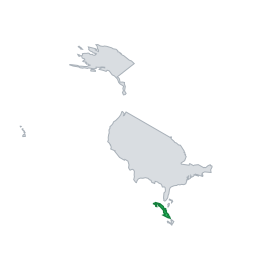 Cuba highlighted, Natural Earth projection, rotated 30°
{"feature_id": "CUB", "entity_name": "Cuba", "entity_type": "country or territory", "adm_level": 0, "iso_a3": "CUB", "parent_name": "North America", "parent_adm1": "", "projection": "natural_earth1", "projection_center": [-79.329, 21.523], "detail": "coarse", "context": "with_neighbors", "style": "filled", "palette": "green", "viewbox_px": 256, "rotation_deg": 30, "n_neighbors": 3, "source": "natural_earth", "source_scale": "50m", "svg_char_len": 5065}
<svg xmlns="http://www.w3.org/2000/svg" viewBox="0 0 256 256"><g transform="rotate(30 128 128)"><path d="M118.3,115.1L169.5,115.1L169.6,114.1L170.2,114.1L170.4,115.4L171.0,115.8L174.1,116.4L175.9,117.1L177.4,116.8L180.3,117.4L182.0,116.7L188.4,120.0L188.6,120.7L189.0,120.9L188.9,121.1L189.7,121.0L190.2,121.9L191.0,122.2L190.7,122.6L192.7,123.7L193.4,128.0L191.5,131.6L191.7,132.2L192.3,132.6L199.5,129.7L199.1,128.2L199.9,127.9L203.5,127.9L204.1,126.9L207.2,124.6L213.6,124.5L213.7,124.0L215.1,123.5L216.2,120.5L217.6,118.7L218.2,119.4L219.5,118.9L220.3,119.6L220.5,122.9L222.2,125.0L216.3,127.7L215.0,129.7L215.0,131.0L215.7,132.2L216.5,132.3L216.3,131.4L216.9,132.0L216.8,132.7L211.2,133.7L209.6,134.4L212.4,133.9L213.0,134.4L210.3,135.1L209.1,135.1L209.1,134.8L208.6,135.5L209.1,135.6L208.7,137.3L207.4,139.2L207.2,138.6L206.1,137.8L206.6,139.1L207.0,139.6L207.1,140.5L205.4,143.4L205.8,141.6L204.8,140.7L204.6,138.7L204.2,139.7L204.6,141.3L203.3,140.9L204.7,141.7L204.8,144.0L205.3,144.2L205.9,147.4L204.6,149.2L202.6,150.0L201.3,151.4L200.3,151.6L199.3,152.4L199.0,153.3L196.8,154.9L194.8,157.5L194.4,159.2L194.8,160.9L196.3,164.7L196.3,165.8L197.3,168.6L197.1,171.2L196.6,172.7L196.0,173.0L195.0,172.7L194.7,171.6L193.9,171.1L191.6,166.2L192.1,164.5L191.5,163.2L190.0,161.1L189.2,160.8L187.2,161.9L185.8,160.6L184.6,160.0L182.3,160.3L180.5,160.0L178.2,160.6L178.5,161.2L178.5,162.2L178.9,162.7L178.5,163.0L177.7,162.7L177.0,163.1L175.5,163.1L174.1,161.8L172.3,162.1L170.8,161.5L167.9,162.3L166.0,164.1L163.9,165.1L162.8,166.3L162.3,167.4L162.2,169.1L162.6,171.1L161.8,171.2L158.8,169.9L157.9,167.0L156.8,165.6L155.3,162.5L153.9,161.5L152.3,161.6L150.9,163.5L149.3,162.8L148.3,162.0L147.3,159.4L144.5,156.7L141.0,156.7L141.0,157.7L135.4,157.7L128.1,154.8L128.3,154.3L123.5,154.8L123.3,153.5L122.2,152.1L121.3,151.8L121.1,151.1L120.0,151.0L119.4,150.4L117.6,150.1L117.1,149.7L117.1,148.4L115.5,145.9L114.3,142.6L114.4,142.0L112.5,139.2L112.5,137.2L111.7,135.9L112.4,133.8L112.7,131.8L112.4,129.9L113.6,127.7L114.8,123.3L115.1,120.1L114.5,117.0L114.9,116.5L117.4,117.3L117.9,119.6L118.5,118.9L118.3,115.1ZM101.2,69.1L93.1,89.2L94.8,89.2L96.2,89.9L98.1,92.3L100.2,91.0L102.2,90.3L102.7,91.5L104.9,93.4L106.5,97.6L109.1,99.0L108.8,100.5L107.5,101.6L105.4,100.0L105.4,98.0L103.7,96.2L103.4,94.0L99.0,93.8L97.2,93.2L94.4,90.9L90.2,89.7L87.8,89.9L83.1,87.9L81.0,88.4L80.8,89.9L77.6,90.5L73.7,91.7L74.0,90.4L75.7,88.2L77.8,87.6L77.5,87.0L74.8,88.2L73.0,89.7L69.9,91.3L70.7,92.4L68.3,94.0L64.0,95.6L63.2,96.6L59.9,97.8L58.9,98.8L56.4,99.8L55.3,99.6L49.4,101.8L46.0,102.5L45.9,102.1L52.8,99.1L55.1,98.8L56.4,97.9L59.5,96.5L61.7,95.3L62.7,93.6L64.2,92.3L61.9,92.9L61.5,92.5L60.2,93.4L59.6,92.2L58.8,93.0L58.6,91.9L56.5,92.8L55.4,92.8L55.9,91.5L56.6,90.7L55.9,89.9L53.4,90.3L51.6,88.7L52.2,87.5L51.4,86.5L52.7,85.3L54.8,84.1L56.0,83.0L57.4,82.8L58.4,83.2L60.3,82.1L61.4,82.3L63.0,81.6L63.2,80.6L62.5,80.3L64.1,79.4L61.1,79.9L60.3,80.4L59.3,79.9L56.8,80.2L54.7,79.7L54.5,78.8L53.1,77.6L60.1,75.6L61.5,75.6L60.7,76.7L64.2,76.6L63.6,75.3L62.0,74.5L60.4,72.6L58.6,71.9L60.2,70.8L63.1,70.8L65.6,69.8L66.6,68.8L68.8,67.9L74.0,66.7L75.3,66.9L78.3,65.8L80.5,66.2L81.1,67.1L82.0,66.7L84.6,66.9L84.2,67.3L86.5,67.7L88.2,67.5L95.2,68.6L97.5,68.2L101.2,69.1ZM44.7,81.6L45.5,82.0L46.7,81.8L49.2,82.6L47.4,83.3L46.0,82.5L44.5,82.6L44.2,82.4L44.7,81.6ZM42.2,185.2L43.3,186.6L41.3,188.0L40.8,187.7L40.7,186.1L41.3,185.5L41.3,184.8L42.2,185.2ZM41.2,183.5L40.3,184.0L39.8,183.1L40.0,182.9L41.2,183.5ZM39.8,182.5L39.7,182.8L38.6,182.7L38.8,182.4L39.8,182.5ZM37.4,181.2L38.0,182.2L37.9,182.3L37.0,182.2L36.8,181.6L37.4,181.2ZM34.8,180.0L34.5,180.8L33.8,180.4L34.3,180.0L34.8,180.0ZM49.5,89.0L50.8,89.2L50.5,90.0L49.3,90.4L47.7,89.4L49.5,89.0ZM69.9,94.4L71.0,94.5L71.5,95.2L67.4,97.2L66.8,96.6L66.9,95.5L69.9,94.4Z" fill="#d9dde1" stroke="#a8b0b8" stroke-width="1"/><path d="M214.5,186.1L214.5,188.4L214.0,188.8L214.5,189.5L214.5,190.2L213.1,189.8L210.9,189.7L209.9,190.2L208.8,189.4L209.0,188.7L212.5,189.2L213.2,188.7L212.2,187.6L212.3,186.7L210.9,186.3L211.4,185.6L214.5,186.1Z" fill="#d9dde1" stroke="#a8b0b8" stroke-width="1"/><path d="M199.5,168.8L201.8,168.7L201.8,169.3L199.6,169.7L199.5,168.8ZM201.9,168.2L203.5,169.3L203.1,171.1L202.8,170.7L202.8,169.5L201.9,168.2ZM201.1,172.7L201.7,172.8L202.4,174.8L202.4,176.2L201.9,176.4L201.4,174.9L200.6,174.2L201.1,172.7Z" fill="#d9dde1" stroke="#a8b0b8" stroke-width="1"/><path d="M193.6,177.7L197.8,178.4L198.9,179.5L200.1,179.6L202.2,181.0L202.5,180.8L203.8,182.2L206.2,182.7L206.2,183.7L207.9,183.8L209.4,185.0L207.4,185.6L202.1,185.8L203.3,184.4L203.1,183.8L201.3,183.5L200.0,181.5L195.0,179.9L193.6,180.0L193.1,179.6L193.9,179.3L193.6,178.9L191.8,178.8L189.1,180.7L187.4,180.9L188.5,180.3L189.1,178.9L193.6,177.7ZM192.1,181.6L191.3,181.9L190.9,181.5L191.3,181.5L191.3,180.7L192.1,181.6ZM200.1,179.2L200.8,179.2L200.9,179.4L200.1,179.2ZM202.2,180.4L202.1,180.7L201.7,180.3L202.2,180.4ZM201.2,179.5L200.9,179.5L201.2,179.5ZM201.8,180.2L201.4,180.0L201.5,179.8L201.8,180.2Z" fill="#22c55e" stroke="#15803d" stroke-width="1.5"/></g></svg>